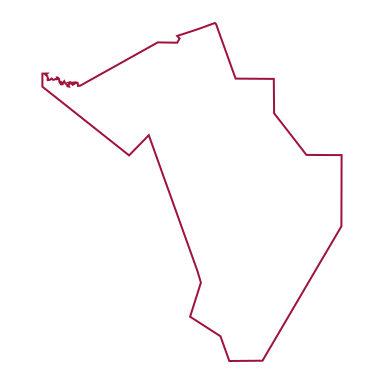 Wosera Gawi District, East Sepik, Papua New Guinea (Mercator projection)
{"feature_id": "67681753B51099161190944", "entity_name": "Wosera Gawi District", "entity_type": "district", "adm_level": 2, "iso_a3": "PNG", "parent_name": "Papua New Guinea", "parent_adm1": "East Sepik", "projection": "mercator", "projection_center": [142.835, -4.087], "detail": "fine", "context": "isolated", "style": "outline", "palette": "rose", "viewbox_px": 384, "rotation_deg": 0, "n_neighbors": 0, "source": "geoboundaries", "source_scale": "gbopen_adm2", "svg_char_len": 1065}
<svg xmlns="http://www.w3.org/2000/svg" viewBox="0 0 384 384"><path d="M229.3,361.0L262.5,360.7L301.7,293.9L314.7,271.7L341.3,226.5L341.4,226.4L341.6,155.1L319.7,155.0L306.4,154.9L285.8,128.3L274.1,113.3L273.8,78.9L235.6,78.6L219.2,32.9L216.1,24.2L214.9,23.0L197.5,29.3L187.8,32.5L177.2,35.9L179.6,38.5L177.2,42.7L157.8,42.4L157.7,42.4L79.8,85.9L79.0,85.6L78.0,85.9L77.9,84.3L77.5,82.8L76.2,83.1L75.8,82.3L73.3,82.6L74.4,83.8L72.8,84.8L71.0,83.2L70.5,82.2L68.6,82.6L70.0,83.4L68.4,85.0L69.0,86.6L67.4,86.2L67.3,84.9L65.7,83.7L64.8,82.6L64.2,81.2L63.0,82.7L62.7,84.2L61.4,84.3L61.7,82.8L61.1,82.1L60.4,83.5L59.6,82.2L59.3,81.3L59.2,80.2L58.9,79.6L59.1,79.0L58.0,77.7L57.0,77.5L57.4,78.9L56.7,79.3L55.5,79.0L54.4,79.6L53.2,79.9L51.6,78.5L50.8,79.1L49.8,79.9L47.7,80.1L47.6,79.3L48.1,79.1L47.7,77.4L47.2,76.1L45.7,74.9L47.2,73.5L46.0,73.5L44.7,73.6L42.4,73.6L42.4,86.7L129.1,155.4L132.4,152.0L148.8,135.2L158.5,162.3L163.0,175.0L169.5,193.0L182.2,228.5L197.4,270.9L200.9,282.6L190.1,316.7L220.5,336.3L229.3,361.0Z" fill="none" stroke="#9f1239" stroke-width="2"/></svg>